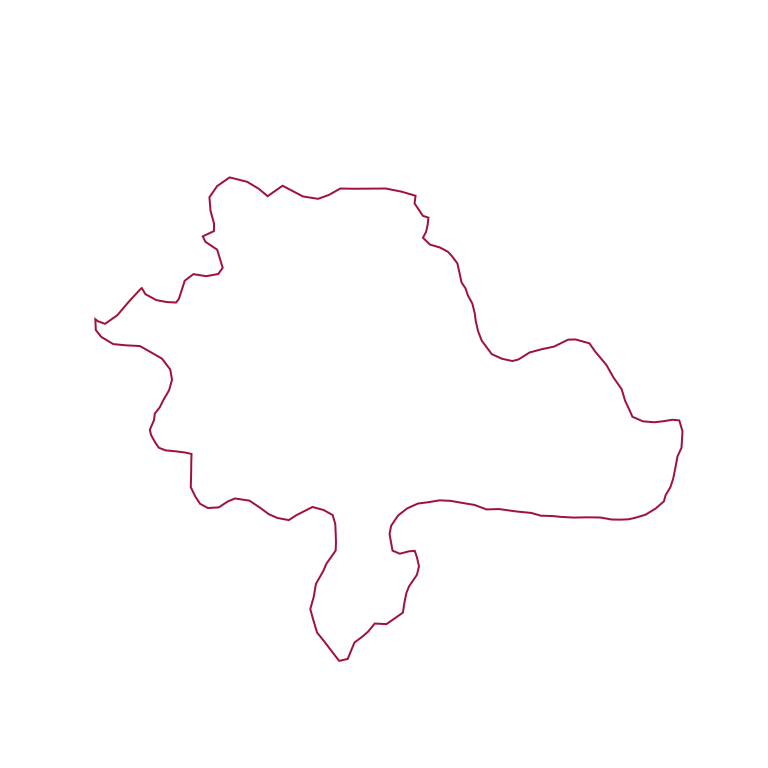 Imishli District, İmişli, Azerbaijan, rotated 325°
{"feature_id": "54616110B47039748407948", "entity_name": "Imishli District", "entity_type": "district", "adm_level": 2, "iso_a3": "AZE", "parent_name": "Azerbaijan", "parent_adm1": "İmişli", "projection": "equal_earth", "projection_center": [48.045, 39.875], "detail": "fine", "context": "isolated", "style": "outline", "palette": "rose", "viewbox_px": 768, "rotation_deg": 325, "n_neighbors": 0, "source": "geoboundaries", "source_scale": "gbopen_adm2", "svg_char_len": 2470}
<svg xmlns="http://www.w3.org/2000/svg" viewBox="0 0 768 768"><g transform="rotate(325 384 384)"><path d="M517.8,247.9L508.6,236.4L497.6,224.9L470.9,206.5L460.3,198.8L447.2,197.5L436.2,194.5L425.2,183.9L414.6,163.4L410.8,163.4L396.4,163.4L393.4,152.3L387.9,139.9L376.0,126.2L360.8,126.2L348.1,130.9L341.3,142.5L336.7,155.3L332.4,161.2L320.2,159.1L319.3,165.1L324.4,178.3L318.5,196.3L311.3,198.8L300.2,193.7L290.9,184.7L279.9,185.1L276.1,188.1L264.7,196.7L260.4,198.0L253.2,192.4L245.6,184.7L240.1,173.6L240.6,166.5L238.3,166.7L221.8,170.3L205.0,174.7L190.0,174.7L185.7,168.6L184.7,165.4L178.9,174.4L179.4,183.3L185.1,196.0L194.3,203.9L205.8,212.9L211.0,223.7L216.7,236.0L217.2,249.5L212.8,258.9L204.3,265.9L194.6,270.3L187.1,274.4L179.3,276.8L174.8,281.7L165.9,287.2L163.9,292.3L163.0,301.0L163.0,307.0L167.0,313.1L173.9,318.9L181.7,326.0L186.2,330.9L180.4,338.7L175.7,345.3L169.2,354.1L166.5,357.7L164.9,368.1L164.6,376.6L168.6,384.6L177.9,390.3L188.7,390.6L196.3,392.3L206.9,402.4L211.5,414.3L215.0,424.7L219.9,432.7L228.0,440.9L237.0,441.2L254.9,443.7L262.2,452.5L266.8,461.9L263.8,470.7L258.9,478.4L254.1,485.8L248.9,492.7L233.7,498.2L226.9,502.4L213.6,508.7L204.3,518.1L194.5,526.1L190.7,536.8L186.6,549.2L187.4,560.8L188.0,576.5L188.5,585.1L196.6,588.4L205.6,582.6L211.6,578.8L221.7,578.5L229.0,577.7L239.0,574.9L248.3,582.1L268.4,582.1L275.2,574.9L282.5,568.0L288.5,564.1L301.5,559.2L308.1,553.4L311.6,544.8L313.5,538.3L308.3,535.3L299.6,532.1L295.4,525.4L302.5,510.1L308.6,504.2L320.1,499.8L331.7,499.2L343.3,501.4L351.4,505.7L362.8,511.2L371.4,517.8L378.4,524.8L388.7,534.9L396.1,545.6L406.5,552.4L418.5,563.6L430.8,574.2L437.0,581.9L445.8,588.4L452.9,594.5L463.0,602.4L472.3,608.6L477.8,612.5L484.7,617.5L492.9,625.7L499.7,630.6L506.7,635.1L513.1,637.7L523.4,641.1L535.3,641.8L545.9,640.7L550.9,636.6L559.2,632.9L566.5,627.5L575.2,619.2L582.8,611.7L591.1,606.9L596.9,599.6L601.4,593.9L605.0,583.2L599.7,578.7L591.2,574.6L583.5,570.4L574.6,563.0L568.7,553.3L570.5,544.2L571.9,536.0L575.7,524.5L575.7,510.4L577.1,495.9L575.6,478.7L575.6,468.5L566.5,457.4L560.3,453.3L544.8,450.9L532.7,445.8L521.4,441.7L508.1,441.0L502.3,438.8L495.2,431.1L489.4,421.4L488.9,404.7L491.3,394.8L495.4,384.7L498.7,378.6L502.5,368.7L503.5,359.6L505.6,352.6L505.8,345.1L509.3,337.0L513.3,327.2L513.0,318.3L512.2,312.3L508.2,304.4L501.6,296.1L499.8,286.5L505.6,283.6L511.2,278.5L515.8,273.2L512.3,268.5L512.6,253.6L517.8,247.9Z" fill="none" stroke="#9f1239" stroke-width="2"/></g></svg>